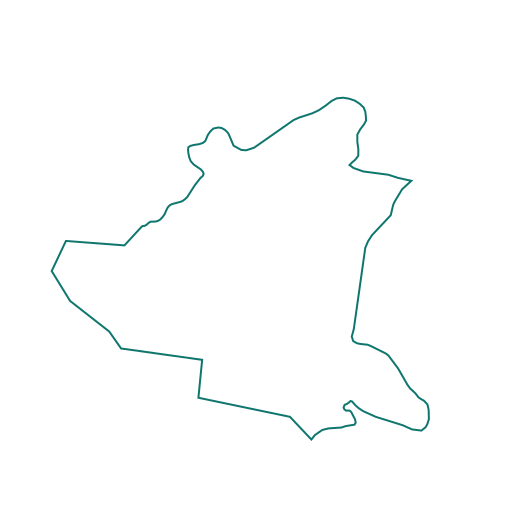 outline of Santo Domingo de los Tsáchilas, rotated 190°
{"feature_id": "ECU-5508", "entity_name": "Santo Domingo de los Tsáchilas", "entity_type": "Province", "adm_level": 1, "iso_a3": "ECU", "parent_name": "Ecuador", "parent_adm1": "", "projection": "albers", "projection_center": [-79.253, -0.324], "detail": "fine", "context": "isolated", "style": "outline", "palette": "teal", "viewbox_px": 512, "rotation_deg": 190, "n_neighbors": 0, "source": "natural_earth", "source_scale": "10m", "svg_char_len": 1851}
<svg xmlns="http://www.w3.org/2000/svg" viewBox="0 0 512 512"><g transform="rotate(190 256 256)"><path d="M373.4,265.5L370.8,266.4L369.1,267.9L367.7,269.7L366.0,271.4L360.9,272.5L358.9,273.4L356.6,275.3L354.6,278.4L353.1,281.7L352.3,285.4L351.3,288.6L349.9,290.8L347.8,292.5L340.1,296.1L338.0,297.3L336.0,299.4L334.0,302.0L328.4,315.4L324.3,323.1L322.3,325.6L321.8,327.7L322.9,329.7L325.4,331.7L333.1,335.2L336.7,338.0L338.9,341.6L340.4,345.4L341.4,348.9L341.5,351.4L339.8,353.0L336.6,354.5L331.3,356.3L328.0,358.1L325.9,360.4L324.4,367.0L322.7,370.6L320.2,374.1L315.5,376.0L312.1,376.1L308.7,374.9L305.9,373.1L304.2,371.5L297.2,360.7L288.9,357.9L284.0,358.4L276.6,362.4L242.6,396.4L237.6,399.8L225.5,406.2L219.5,410.4L213.4,416.3L208.4,421.9L203.8,425.3L197.6,427.0L191.6,427.1L185.7,426.2L180.3,423.9L175.7,420.9L173.4,417.0L172.2,413.1L171.1,408.6L172.4,404.6L175.5,398.5L177.3,393.1L176.1,386.3L173.7,378.7L172.7,372.4L175.0,368.0L177.8,364.6L179.7,361.8L175.2,359.6L165.0,357.9L139.8,359.0L129.7,357.6L116.1,357.0L123.7,347.1L128.9,333.6L129.8,330.0L130.4,319.5L145.3,296.8L148.2,290.0L149.8,283.1L147.0,200.9L147.7,193.2L145.4,189.0L141.4,187.6L138.2,187.5L130.7,188.0L127.7,187.4L111.5,182.6L108.4,181.1L96.6,170.0L84.6,155.6L81.2,152.3L75.4,148.6L71.4,145.0L68.8,143.8L65.5,142.7L61.4,139.6L59.3,134.6L57.4,125.4L58.1,120.2L59.2,116.9L62.8,112.8L72.2,112.3L82.0,114.8L110.1,118.4L123.5,121.8L128.3,123.9L131.8,126.0L136.3,129.5L137.7,129.6L139.1,127.8L140.7,126.2L142.9,124.8L143.4,121.9L142.4,120.4L140.5,119.4L139.0,119.6L137.7,120.0L136.4,119.8L134.8,118.5L129.9,112.0L128.9,109.1L129.7,107.0L138.0,104.1L142.1,101.9L154.7,98.8L160.5,96.2L166.8,90.0L169.6,84.9L194.6,103.5L288.1,106.4L291.0,144.4L372.8,141.5L387.4,156.1L431.2,179.4L454.6,205.7L445.8,237.8L387.4,243.6L373.4,265.5Z" fill="none" stroke="#0f766e" stroke-width="2"/></g></svg>